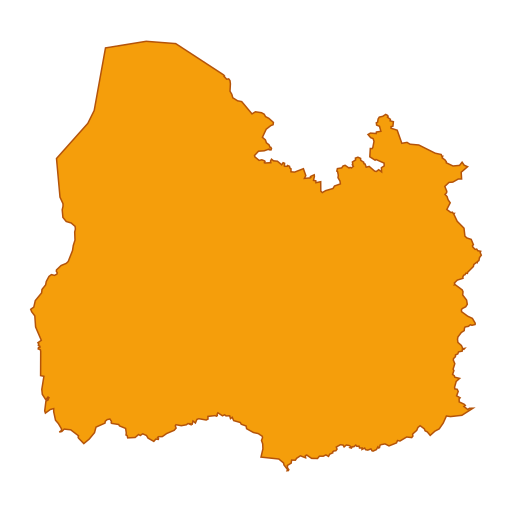 the district of Newport Lea-4, North Tipperary, Ireland
{"feature_id": "5873133B73905952621151", "entity_name": "Newport Lea-4", "entity_type": "district", "adm_level": 2, "iso_a3": "IRL", "parent_name": "Ireland", "parent_adm1": "North Tipperary", "projection": "albers", "projection_center": [-8.21, 52.789], "detail": "fine", "context": "isolated", "style": "filled", "palette": "amber", "viewbox_px": 512, "rotation_deg": 0, "n_neighbors": 0, "source": "geoboundaries", "source_scale": "gbopen_adm2", "svg_char_len": 6031}
<svg xmlns="http://www.w3.org/2000/svg" viewBox="0 0 512 512"><path d="M462.1,162.2L459.5,165.4L453.0,166.0L446.3,162.8L446.3,161.7L444.9,159.8L442.2,157.9L442.7,156.2L441.8,156.2L441.2,154.5L435.2,153.2L418.8,145.0L410.0,144.2L407.0,142.4L401.8,143.3L397.2,130.2L391.0,128.2L391.1,126.6L392.9,126.2L393.4,121.7L390.1,120.8L390.4,119.3L387.5,117.2L388.1,116.2L387.4,115.3L385.7,114.4L382.8,116.3L379.3,117.1L378.1,119.0L377.6,122.2L376.3,122.8L376.6,125.1L379.5,126.3L380.9,131.3L376.4,132.0L376.2,133.5L370.4,133.1L368.0,134.5L370.7,137.7L373.1,138.6L374.0,141.4L372.8,147.6L372.1,148.6L370.3,148.5L369.8,156.8L375.1,160.2L376.0,159.5L384.1,163.1L384.2,165.9L381.4,167.7L381.6,171.9L378.7,169.7L376.3,171.5L374.6,171.1L369.2,166.4L366.2,167.2L365.1,164.0L364.0,163.7L363.7,162.2L360.7,160.3L360.6,158.4L357.9,157.2L355.4,158.1L355.6,159.9L352.4,162.0L352.8,164.4L352.3,164.8L353.4,166.3L351.4,168.0L350.1,167.4L349.0,168.0L345.1,165.3L343.0,166.0L341.7,167.9L337.4,168.6L336.8,171.1L337.6,171.7L338.3,175.2L338.0,177.7L340.0,181.1L340.4,183.9L334.5,186.0L333.0,188.5L325.7,190.6L322.3,192.6L320.8,191.1L320.7,181.7L315.9,182.7L315.8,180.8L313.5,180.4L314.4,176.3L314.2,174.8L310.9,176.3L310.4,176.7L310.8,177.5L310.1,177.9L304.4,178.4L305.8,175.6L303.4,168.7L294.6,172.1L291.0,171.8L291.0,168.8L289.8,167.9L289.5,166.3L287.6,165.5L287.3,166.3L284.7,166.3L284.3,166.0L284.6,163.3L283.6,162.9L283.1,162.7L281.7,164.8L277.4,161.2L273.5,160.8L271.5,159.2L270.5,161.1L270.8,162.7L265.0,163.0L264.4,162.7L265.0,161.3L264.2,160.7L261.8,159.8L259.1,160.4L254.8,156.8L254.5,155.5L258.5,151.2L264.2,150.8L268.9,149.1L269.2,149.8L271.0,149.9L271.5,148.5L270.8,147.3L270.1,147.4L269.0,144.8L266.4,142.8L265.4,139.9L262.4,137.3L266.2,129.2L270.8,125.6L273.1,124.7L273.4,122.4L268.8,118.3L265.5,116.6L264.2,114.2L261.5,112.7L255.4,111.8L252.0,113.9L241.7,101.6L237.6,100.8L232.8,97.8L231.8,94.3L230.0,91.2L230.4,83.8L230.0,80.7L228.7,78.9L226.7,79.2L224.1,76.5L224.5,76.0L223.6,74.9L175.7,43.6L146.2,41.3L105.5,47.9L94.2,110.5L87.8,123.4L56.5,158.5L60.0,197.2L63.0,203.7L63.0,206.3L62.2,209.8L62.9,217.4L66.2,221.5L71.2,223.0L75.1,226.4L75.4,229.1L74.7,232.0L75.0,240.1L73.3,245.4L72.5,250.6L68.2,261.5L66.2,263.4L61.1,265.5L56.5,269.9L56.3,271.2L57.3,272.9L56.8,274.2L54.5,275.4L51.4,274.6L49.0,276.4L46.3,281.4L45.6,284.9L42.0,289.4L41.6,292.9L35.3,300.6L33.8,307.1L30.7,309.3L31.7,311.8L34.8,315.9L35.6,327.0L41.3,340.3L37.9,342.7L38.8,344.0L38.3,345.2L39.9,346.3L39.9,347.4L38.5,347.5L38.2,348.9L40.4,349.8L40.7,351.4L40.6,375.6L43.9,376.3L41.8,389.4L42.3,394.3L45.8,399.8L48.0,397.0L49.0,397.8L47.9,399.3L48.2,399.8L45.9,401.3L44.7,410.9L45.4,413.1L50.3,409.5L53.7,408.6L53.7,411.8L55.5,420.2L58.4,423.6L61.5,428.9L61.4,430.5L59.3,432.1L61.8,431.5L64.2,429.1L70.7,429.8L78.5,435.8L78.1,437.1L78.5,438.1L83.8,443.6L89.2,439.1L94.5,432.7L96.0,427.1L105.0,423.1L105.3,421.2L107.2,419.6L109.9,419.0L111.4,421.3L111.2,422.9L111.8,423.4L118.7,424.5L119.5,425.9L125.6,428.4L126.3,433.0L126.0,435.0L127.1,435.5L127.7,437.9L135.1,437.5L138.6,434.5L140.3,435.5L142.7,433.8L146.5,435.5L148.0,438.1L153.8,441.4L155.8,439.1L158.3,439.4L158.5,438.4L157.6,437.5L158.4,436.7L162.3,436.6L166.7,433.5L174.2,430.3L176.1,428.1L175.3,425.9L176.0,424.7L181.3,425.7L186.3,424.8L188.0,423.5L190.5,424.5L190.2,423.8L192.2,424.2L193.0,421.0L195.4,423.0L196.9,419.4L198.8,418.7L206.2,420.0L208.0,419.1L207.9,416.4L215.1,415.6L216.5,416.2L217.3,415.6L217.1,414.3L217.9,412.8L222.5,415.8L224.6,414.8L226.0,415.9L229.7,415.8L230.5,418.6L232.2,417.3L233.7,420.6L240.3,422.5L241.2,424.2L246.1,426.0L246.6,428.7L253.4,432.5L258.3,433.6L262.3,436.3L262.5,437.8L261.5,440.4L262.7,443.9L262.9,448.9L261.0,457.1L278.8,459.0L283.5,462.9L284.0,465.0L287.6,469.7L287.1,470.7L288.3,470.6L288.8,469.7L287.6,468.1L287.3,465.5L291.2,463.1L291.6,460.1L295.4,460.2L296.6,458.3L300.4,455.8L305.6,457.8L305.4,455.6L306.7,455.0L311.6,458.4L317.5,458.5L319.4,456.2L323.3,456.2L325.9,454.9L328.5,456.4L329.7,454.2L332.8,452.8L332.6,452.0L333.5,451.1L335.9,450.7L337.0,449.2L336.3,447.0L340.5,444.7L343.1,445.1L344.1,446.9L346.3,445.0L349.5,445.6L350.9,446.8L349.9,447.6L351.4,448.1L352.4,446.7L353.9,446.7L355.8,445.1L356.8,446.3L359.1,446.2L359.5,448.0L362.2,448.0L362.0,449.4L364.7,448.1L365.6,449.7L367.8,450.1L370.9,448.9L372.0,450.8L373.1,451.1L376.4,449.6L377.9,446.9L378.6,448.0L379.5,447.6L380.0,445.2L381.3,444.6L385.0,443.9L389.0,445.9L396.5,442.9L397.5,440.5L400.0,441.0L406.7,437.0L411.7,437.6L412.9,436.1L412.6,434.3L413.0,433.7L416.7,430.4L417.9,427.5L420.1,425.7L424.3,428.8L425.1,430.8L427.3,431.9L430.2,435.4L435.0,431.1L439.2,428.9L443.2,423.1L446.4,416.0L450.5,416.6L461.9,415.3L473.0,408.2L469.4,408.3L467.8,409.5L463.9,406.5L465.3,405.4L464.1,404.2L459.2,401.9L459.1,398.9L460.1,397.8L456.6,395.8L458.2,391.5L457.2,389.3L454.8,388.9L454.6,387.1L456.2,381.4L459.6,378.4L454.8,377.2L454.3,375.8L452.6,374.4L453.9,370.6L453.1,369.2L454.8,363.7L453.3,360.1L453.5,358.6L455.4,356.7L455.5,354.9L457.8,353.9L458.5,351.9L462.2,351.1L462.4,349.0L463.8,349.4L464.7,348.4L462.9,348.8L461.4,345.5L457.9,342.4L457.5,339.3L457.9,337.0L461.3,332.5L464.2,330.6L464.5,328.0L465.2,326.9L468.3,326.4L470.5,324.7L471.9,325.3L475.1,324.5L475.2,323.2L472.4,318.4L467.7,316.2L461.6,311.7L461.4,309.9L462.2,308.6L465.7,306.8L467.3,304.3L466.6,300.1L462.7,295.0L463.0,291.7L462.2,289.9L455.2,284.7L454.4,284.8L454.8,284.0L454.4,283.0L457.3,280.1L463.0,278.3L462.8,276.9L463.7,275.2L465.0,274.7L465.9,273.2L467.4,273.4L467.6,272.3L473.4,266.5L473.8,264.5L476.4,262.5L477.3,262.7L477.4,261.6L478.9,260.6L479.5,257.6L481.3,255.2L480.2,252.6L480.7,251.3L477.8,250.7L476.7,249.1L475.1,249.4L472.7,246.9L472.5,245.6L473.4,244.7L471.2,239.4L466.8,237.9L464.9,236.1L464.0,228.2L457.2,221.3L453.8,214.1L454.3,213.4L453.2,213.4L452.4,212.2L450.9,212.5L446.8,209.5L450.2,202.8L448.0,199.6L447.1,196.6L445.0,194.4L446.6,192.7L446.8,191.3L444.8,186.4L449.0,182.4L452.8,182.1L458.3,179.0L461.6,179.0L461.2,172.2L467.6,166.7L464.2,165.2L462.1,162.2Z" fill="#f59e0b" stroke="#b45309" stroke-width="1.5"/></svg>